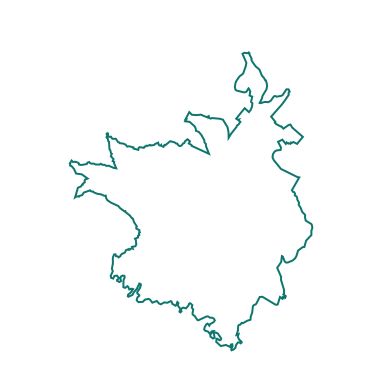 Tecali de Herrera, Puebla, Mexico, rotated 11°
{"feature_id": "50627088B1690235802813", "entity_name": "Tecali de Herrera", "entity_type": "district", "adm_level": 2, "iso_a3": "MEX", "parent_name": "Mexico", "parent_adm1": "Puebla", "projection": "natural_earth1", "projection_center": [-97.988, 18.898], "detail": "fine", "context": "isolated", "style": "outline", "palette": "teal", "viewbox_px": 384, "rotation_deg": 11, "n_neighbors": 0, "source": "geoboundaries", "source_scale": "gbopen_adm2", "svg_char_len": 6053}
<svg xmlns="http://www.w3.org/2000/svg" viewBox="0 0 384 384"><g transform="rotate(11 192 192)"><path d="M66.6,187.4L67.2,187.8L67.3,189.3L69.0,189.7L71.7,191.8L74.7,196.0L80.4,195.7L87.0,198.7L84.7,200.2L84.4,201.6L84.9,202.9L83.3,204.6L83.4,205.6L82.7,205.8L82.0,207.7L79.2,209.6L78.3,219.6L79.6,218.3L82.0,218.0L82.0,217.5L84.8,216.0L85.9,213.2L91.7,209.8L92.5,210.6L95.0,210.5L95.3,211.0L99.1,211.8L103.5,211.7L106.7,212.5L108.0,212.0L108.9,214.3L110.3,216.1L114.5,217.9L122.3,219.8L124.4,221.5L129.2,223.8L130.1,223.5L130.2,224.2L135.6,227.0L137.7,229.0L139.0,229.4L140.9,232.7L144.4,236.3L144.0,237.2L144.3,238.5L147.7,239.5L147.7,240.5L148.5,241.6L147.7,242.6L148.5,244.3L147.3,245.3L147.8,246.9L145.0,248.7L146.1,250.0L147.3,254.2L146.8,256.0L143.6,257.3L144.6,258.9L143.5,258.7L141.8,260.6L140.9,260.8L140.7,260.1L138.1,261.9L137.9,263.8L136.9,265.0L135.4,265.7L134.1,267.4L133.9,268.7L132.4,270.2L131.3,269.4L129.7,269.5L128.8,267.8L127.4,268.2L126.8,271.5L128.0,277.4L128.0,282.7L129.4,284.9L128.2,289.7L129.0,291.7L131.1,292.0L131.9,289.2L134.3,288.4L136.9,290.5L135.2,292.6L135.3,293.4L137.8,294.2L139.3,293.1L138.1,289.9L138.4,288.5L139.8,287.3L141.6,287.2L142.2,288.4L141.6,291.8L142.8,298.5L144.6,298.9L146.5,296.8L147.6,297.4L149.0,299.6L151.3,298.4L152.7,298.6L150.8,302.8L148.9,304.8L148.8,306.5L149.5,307.0L153.2,304.4L153.9,301.8L156.3,297.6L157.8,291.9L159.2,292.2L159.6,293.4L159.2,296.2L157.3,300.9L157.8,302.1L160.0,303.3L160.0,304.1L158.6,305.7L158.3,307.8L158.5,309.1L160.5,310.3L164.7,309.2L166.4,306.6L169.6,305.3L171.1,305.5L174.2,308.2L178.3,305.7L180.8,307.7L182.8,308.2L185.8,305.7L189.0,305.4L191.9,303.2L192.7,303.3L194.1,305.6L197.6,306.8L198.1,306.1L198.6,302.8L199.9,303.6L199.4,304.8L200.4,306.8L202.9,308.9L202.5,311.9L203.5,312.4L204.5,311.3L203.6,309.7L204.0,308.3L205.4,307.2L208.3,307.4L210.2,304.1L210.5,302.2L211.1,301.6L212.0,301.7L213.9,303.0L213.8,305.6L215.6,307.0L215.7,311.2L216.1,312.2L218.3,313.2L221.7,316.6L222.7,316.7L230.2,311.3L231.7,311.1L233.3,311.9L236.1,311.6L237.8,312.3L238.9,313.7L238.1,315.6L235.0,318.2L234.5,319.9L232.5,318.2L231.4,319.0L230.3,321.9L230.2,324.7L231.3,325.6L234.3,325.9L236.5,327.7L238.1,324.9L239.9,324.4L239.5,325.6L237.6,327.2L237.3,329.1L237.8,330.5L240.6,331.8L242.0,330.8L240.7,327.3L240.8,326.2L241.8,325.4L244.1,325.8L248.6,330.2L248.5,331.5L247.5,332.3L244.9,331.2L244.1,331.4L244.4,334.5L249.6,337.7L254.5,335.7L258.9,336.8L259.3,334.3L260.6,333.8L261.2,335.4L260.5,338.9L261.0,339.8L262.7,338.8L264.2,336.9L264.6,333.3L265.9,330.8L267.5,330.6L268.5,331.3L269.5,330.3L269.1,329.4L266.3,327.8L264.5,325.2L264.8,322.6L263.0,323.7L263.5,319.5L262.9,314.7L263.4,313.6L264.9,312.8L265.7,311.0L267.1,311.0L270.7,307.9L273.8,306.2L273.4,303.1L274.1,299.0L273.6,292.9L274.1,291.4L276.0,290.1L276.5,289.1L278.5,282.2L281.1,281.4L295.3,286.6L296.6,286.5L297.6,286.1L298.4,278.3L300.9,279.5L301.0,278.0L302.2,278.6L302.3,277.2L303.7,277.9L303.9,276.3L301.3,275.0L301.8,274.2L300.9,270.3L296.2,261.4L295.6,258.2L290.1,250.2L292.9,243.7L292.5,237.8L293.5,238.1L296.1,242.3L297.5,243.3L299.4,243.0L303.9,240.0L305.9,237.4L306.7,234.9L307.3,229.2L311.2,225.0L312.8,224.5L313.3,217.9L317.4,211.5L316.6,207.2L317.0,204.3L316.0,201.6L315.3,200.7L309.1,198.4L307.7,195.1L307.5,193.0L303.8,190.3L301.7,186.8L299.1,184.1L299.2,182.2L296.8,179.3L296.4,177.8L295.3,176.3L293.6,175.7L293.4,173.9L292.4,172.7L291.3,172.7L289.7,171.2L294.5,157.2L292.5,157.2L274.9,152.4L266.2,145.1L264.5,142.8L264.2,139.6L265.4,136.5L267.2,135.0L270.9,133.9L270.9,131.4L266.9,126.3L270.7,123.4L274.9,126.9L275.4,125.3L277.2,126.1L277.5,125.6L279.4,125.9L279.8,124.5L280.6,124.8L282.1,123.6L286.0,124.7L290.3,116.7L278.0,109.6L275.8,107.0L274.1,107.8L269.6,112.4L267.3,110.5L266.7,110.8L261.7,109.3L260.1,108.2L260.5,107.3L255.3,102.9L263.5,89.0L265.9,84.0L268.4,78.1L267.9,76.6L268.7,74.9L268.1,74.5L268.0,73.7L267.1,72.8L265.1,73.2L262.4,79.7L261.0,80.7L256.8,82.3L255.3,81.9L254.1,82.6L251.9,87.4L249.9,89.2L246.0,89.8L242.2,91.8L241.4,91.7L242.8,87.1L242.9,84.2L245.5,77.1L245.5,74.0L244.8,71.5L243.3,68.4L242.7,68.5L240.7,66.1L238.4,64.4L234.8,58.9L230.4,56.5L226.4,52.6L225.0,50.8L225.0,49.6L222.2,46.1L221.9,44.7L221.1,44.2L220.4,45.1L216.7,45.4L215.2,46.8L220.7,54.7L220.8,57.8L219.6,66.1L216.6,69.4L214.5,74.1L213.9,76.7L214.0,80.6L215.0,83.1L216.3,83.9L224.2,84.3L226.3,83.2L227.7,79.5L228.3,79.9L230.0,82.2L230.1,86.3L232.9,86.9L232.8,92.3L234.4,93.4L234.6,97.1L233.8,100.5L232.6,102.7L227.7,99.7L221.4,111.6L223.1,112.3L224.1,111.9L223.7,112.6L226.1,113.9L224.8,116.9L223.6,118.0L223.2,119.8L219.3,127.3L217.6,131.8L216.6,126.9L214.6,121.7L208.6,115.1L205.4,114.8L197.5,115.6L196.3,116.4L194.5,115.7L194.1,114.8L193.7,115.6L193.3,114.8L192.2,115.7L185.8,114.4L182.2,115.6L177.2,116.2L174.1,114.1L171.7,122.0L172.6,121.8L171.8,123.9L176.3,123.6L182.0,127.0L183.6,129.1L184.1,131.1L187.3,131.8L190.3,134.2L194.0,138.6L194.9,141.0L196.3,142.0L197.1,144.5L201.4,151.3L183.0,146.8L182.5,145.9L179.6,145.0L180.3,142.6L177.5,141.1L175.5,143.5L175.0,145.5L173.9,146.1L172.9,148.4L171.0,149.3L169.2,148.4L168.4,147.3L167.4,147.5L165.5,146.6L160.9,146.3L156.9,151.1L156.0,151.0L155.4,153.1L153.0,152.5L152.7,151.8L152.3,152.5L151.2,152.5L150.2,151.8L149.4,150.0L146.5,152.0L145.8,153.1L142.8,154.2L142.0,153.7L139.6,155.2L138.3,155.2L137.8,156.2L136.8,156.5L136.3,157.8L131.9,158.0L131.2,159.0L131.2,160.9L126.2,160.5L126.1,159.4L121.4,159.1L119.8,159.8L117.7,158.1L115.0,157.6L111.8,157.9L111.1,157.2L110.0,157.2L107.1,154.3L103.9,154.9L102.9,154.5L102.0,153.2L99.1,153.8L98.4,150.6L97.6,150.5L97.1,150.9L97.2,151.4L98.0,151.4L97.7,154.8L99.1,155.7L100.2,158.2L100.9,158.5L102.9,165.9L103.7,166.4L105.2,169.6L106.0,169.8L105.5,172.4L108.7,174.7L108.2,176.8L109.8,177.2L109.8,178.3L113.1,183.2L110.5,183.3L105.4,182.1L102.9,182.7L101.1,182.0L98.8,182.4L97.1,181.7L96.1,182.7L92.1,183.4L90.4,182.9L88.5,183.3L86.6,183.2L85.4,182.2L83.8,183.1L83.4,184.6L78.3,186.6L75.8,186.6L75.5,185.5L74.0,184.8L71.3,184.6L69.5,185.3L67.8,184.1L66.6,187.4Z" fill="none" stroke="#0f766e" stroke-width="2"/></g></svg>